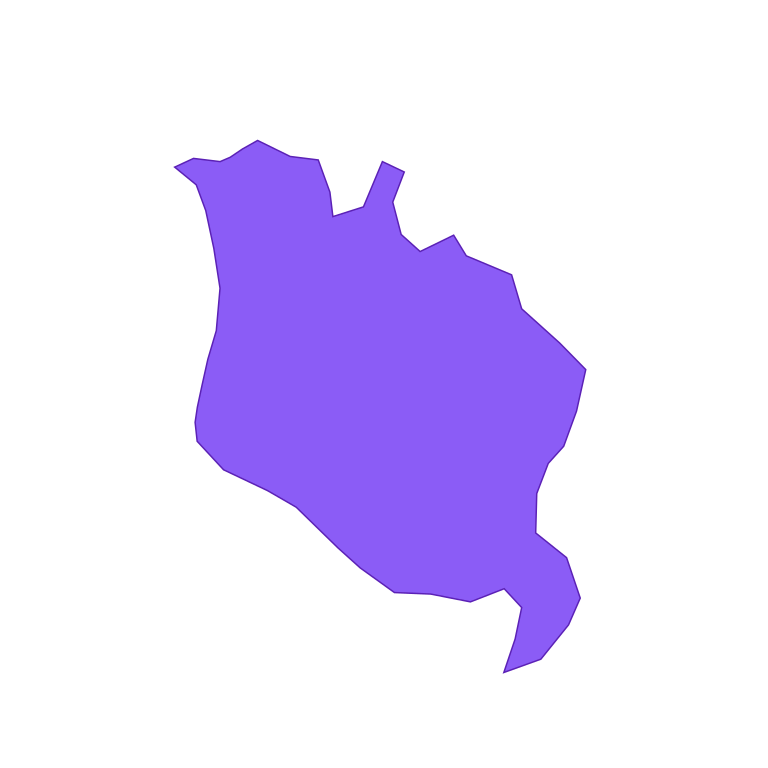 Gerakies, Nicosia, Cyprus, rotated 312°
{"feature_id": "46923920B59872666300573", "entity_name": "Gerakies", "entity_type": "district", "adm_level": 2, "iso_a3": "CYP", "parent_name": "Cyprus", "parent_adm1": "Nicosia", "projection": "albers", "projection_center": [32.789, 35.014], "detail": "fine", "context": "isolated", "style": "filled", "palette": "violet", "viewbox_px": 768, "rotation_deg": 312, "n_neighbors": 0, "source": "geoboundaries", "source_scale": "gbopen_adm2", "svg_char_len": 829}
<svg xmlns="http://www.w3.org/2000/svg" viewBox="0 0 768 768"><g transform="rotate(312 384 384)"><path d="M480.4,127.1L464.1,121.6L449.6,118.0L439.6,113.4L433.2,104.3L424.2,91.5L405.1,83.3L406.4,111.2L393.6,135.5L370.9,166.8L345.4,198.1L311.4,223.7L284.4,236.6L261.7,249.4L241.9,260.8L229.1,269.3L216.4,283.5L212.9,322.2L226.8,368.7L233.7,401.2L231.4,459.3L231.4,489.5L236.0,531.3L259.1,559.2L279.9,594.0L312.3,610.3L310.0,635.9L282.2,652.1L249.8,666.1L284.5,684.7L328.5,682.3L356.2,673.1L377.1,635.9L374.8,596.4L404.8,570.8L434.9,559.2L458.0,559.2L492.7,545.2L529.7,524.3L532.0,487.1L532.0,436.0L550.5,405.8L534.3,359.4L541.2,336.2L506.6,322.2L506.6,296.7L525.0,268.8L555.1,257.2L548.2,234.0L501.9,250.2L474.2,234.0L490.4,215.4L506.5,185.2L490.3,162.0L480.4,127.1Z" fill="#8b5cf6" stroke="#5b21b6" stroke-width="1.5"/></g></svg>